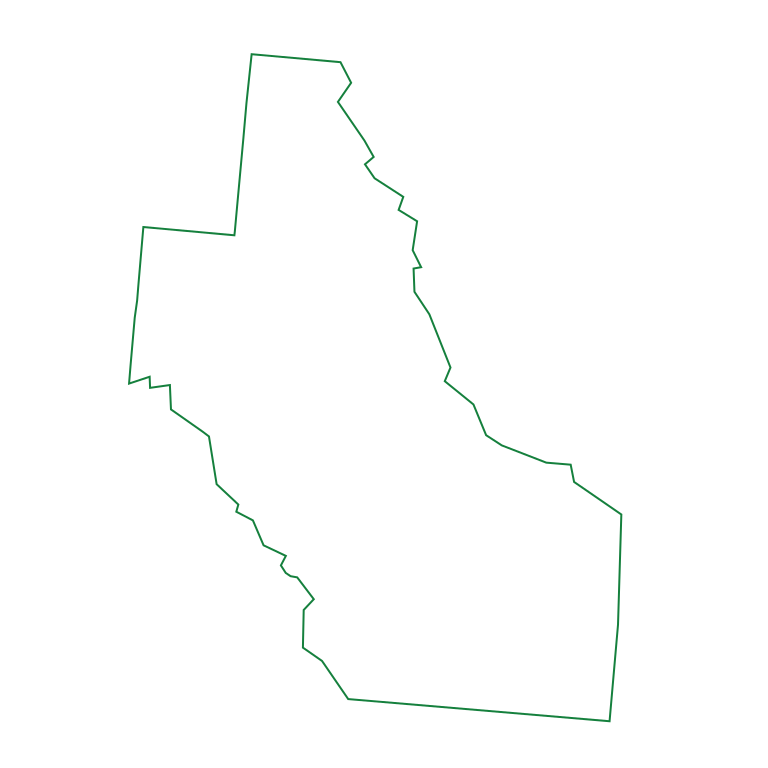 the district of Madison, Mississippi, United States of America, rotated 95°
{"feature_id": "52423323B64400488372532", "entity_name": "Madison", "entity_type": "district", "adm_level": 2, "iso_a3": "USA", "parent_name": "United States of America", "parent_adm1": "Mississippi", "projection": "orthographic", "projection_center": [-90.09, 32.642], "detail": "fine", "context": "isolated", "style": "outline", "palette": "green", "viewbox_px": 768, "rotation_deg": 95, "n_neighbors": 0, "source": "geoboundaries", "source_scale": "gbopen_adm2", "svg_char_len": 918}
<svg xmlns="http://www.w3.org/2000/svg" viewBox="0 0 768 768"><g transform="rotate(95 384 384)"><path d="M700.3,129.9L603.4,129.9L493.3,136.2L465.0,186.1L448.1,191.0L448.2,215.5L434.9,261.3L426.1,277.8L396.6,293.1L381.1,316.0L375.9,323.7L361.8,319.2L310.6,344.9L289.5,361.7L266.4,364.6L264.4,357.2L248.2,367.1L219.0,365.2L209.3,384.6L195.9,381.1L179.9,411.3L166.8,422.1L158.7,414.1L143.2,424.7L107.0,454.5L86.8,443.0L67.2,455.4L67.0,544.6L116.0,545.5L151.4,545.5L216.9,545.8L244.9,545.9L248.9,546.0L248.6,637.4L307.9,637.3L322.4,637.2L339.6,638.1L345.1,638.1L354.8,638.1L388.0,638.1L405.8,638.0L397.2,618.1L408.2,616.7L403.7,597.2L427.9,594.0L447.3,560.5L451.5,553.8L498.4,542.0L516.8,518.6L524.1,520.0L531.3,502.7L555.2,489.9L563.8,466.8L573.7,470.9L580.8,465.4L583.6,460.3L584.2,453.6L604.5,435.2L616.1,444.3L653.7,441.8L665.3,421.6L701.0,392.2L700.3,129.9Z" fill="none" stroke="#15803d" stroke-width="2"/></g></svg>